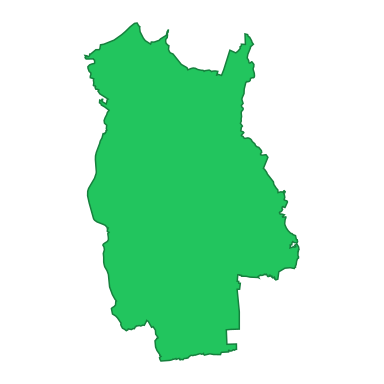 Kota Salatiga, Jawa Tengah, Indonesia
{"feature_id": "22746128B99456803569608", "entity_name": "Kota Salatiga", "entity_type": "district", "adm_level": 2, "iso_a3": "IDN", "parent_name": "Indonesia", "parent_adm1": "Jawa Tengah", "projection": "albers", "projection_center": [110.501, -7.337], "detail": "fine", "context": "isolated", "style": "filled", "palette": "green", "viewbox_px": 384, "rotation_deg": 0, "n_neighbors": 0, "source": "geoboundaries", "source_scale": "gbopen_adm2", "svg_char_len": 5900}
<svg xmlns="http://www.w3.org/2000/svg" viewBox="0 0 384 384"><path d="M98.0,91.1L99.9,93.9L108.1,99.1L107.4,99.5L107.0,100.2L107.0,101.2L106.1,104.0L102.2,101.6L101.9,100.7L102.6,100.0L102.7,99.3L102.1,99.2L101.3,100.6L99.7,100.1L99.5,102.8L100.6,103.5L101.6,104.9L101.5,105.1L104.8,107.0L109.1,110.3L107.4,112.4L106.7,114.7L105.2,117.5L104.1,120.5L104.5,123.2L106.7,125.2L106.3,128.8L106.7,129.5L106.8,130.3L106.0,130.7L106.0,131.9L105.0,133.4L104.4,133.2L104.1,133.9L103.1,133.7L102.0,137.9L100.3,141.0L99.6,143.7L96.4,152.2L95.5,155.9L95.4,159.6L96.3,171.5L96.2,173.3L94.5,178.3L88.6,188.4L87.7,191.3L87.6,195.8L89.2,203.0L93.6,218.8L94.6,220.2L97.0,221.9L103.1,224.3L105.2,225.3L107.2,227.5L107.3,228.6L108.0,228.3L107.2,231.1L107.7,231.7L109.0,232.3L107.8,233.7L108.3,237.0L108.4,239.5L107.8,240.8L106.9,241.8L105.3,242.7L103.4,244.1L102.9,245.1L104.0,247.1L104.4,249.8L103.3,253.5L103.7,257.2L103.7,262.1L104.1,264.4L104.7,266.7L107.1,270.8L108.4,274.5L109.6,287.0L112.4,294.6L114.9,299.1L116.4,301.0L115.8,301.4L115.5,305.0L114.1,306.6L112.2,307.7L111.4,308.6L112.5,314.0L115.7,316.0L117.5,317.9L121.0,323.1L120.8,324.6L121.1,325.6L122.5,328.2L124.7,329.4L126.3,330.7L127.9,329.8L128.3,328.9L131.1,329.5L131.7,329.5L132.8,328.6L134.4,328.7L135.1,327.1L135.8,326.8L136.4,325.9L137.8,325.9L139.1,325.5L140.8,326.0L142.9,325.1L144.3,325.3L146.4,321.4L146.7,320.4L148.3,321.5L151.6,327.3L153.1,326.7L155.4,330.1L155.7,334.2L158.0,337.4L157.7,338.3L156.8,338.3L156.4,339.3L155.0,340.8L155.6,347.1L157.0,350.5L159.9,354.7L159.8,355.6L161.0,356.4L159.5,357.7L160.1,359.6L160.9,361.0L169.5,360.4L172.1,359.8L172.7,359.2L173.7,359.3L175.9,358.5L176.2,359.4L178.6,358.5L179.6,358.5L179.6,359.3L180.1,359.9L181.1,359.4L183.0,359.7L184.0,358.5L186.6,358.3L187.1,357.9L187.8,358.1L189.2,356.6L190.8,355.4L191.5,355.3L192.9,355.6L194.2,355.1L195.4,355.1L200.1,353.6L201.5,354.2L202.8,354.0L203.4,353.6L203.4,354.1L204.4,355.1L209.9,353.8L213.5,354.5L220.5,354.6L220.9,353.1L221.7,352.3L228.7,351.9L229.0,351.4L228.6,350.4L228.9,350.2L230.8,351.1L232.3,350.6L233.0,349.9L233.6,349.7L234.2,350.2L236.0,349.3L236.5,349.3L236.4,344.0L226.9,344.3L226.3,329.8L230.5,329.4L239.3,329.1L239.3,311.8L237.1,289.3L239.6,289.2L240.3,283.3L238.7,283.2L238.7,281.4L237.2,281.3L237.8,274.7L239.6,274.8L239.6,275.2L241.5,275.4L241.5,276.2L246.4,276.3L250.0,277.1L258.2,277.5L258.8,277.8L258.1,276.5L259.9,275.3L259.9,275.6L260.5,275.3L261.9,275.4L263.7,274.9L263.7,274.6L264.7,274.2L265.2,274.7L265.5,274.4L266.4,274.2L267.6,276.3L268.1,276.6L269.3,276.3L269.3,275.3L269.9,275.2L269.9,276.1L271.7,276.1L271.7,277.0L272.4,277.1L272.7,277.8L274.3,277.2L274.3,278.2L274.8,278.2L274.8,279.1L275.3,279.2L275.8,279.9L277.8,279.2L278.8,271.8L284.9,268.2L290.2,267.7L294.3,268.5L294.8,267.4L295.5,267.2L295.5,265.7L296.1,264.9L296.6,261.3L297.3,259.1L297.8,258.3L298.2,258.3L298.5,258.0L298.5,256.6L297.9,255.6L298.0,253.1L297.8,252.0L298.3,251.8L298.3,250.1L299.0,249.7L298.6,246.9L296.9,244.1L294.7,245.3L295.7,246.7L294.5,247.1L293.2,246.7L292.9,247.1L290.0,247.9L290.3,246.7L290.2,245.0L291.8,244.8L291.9,243.1L292.8,241.6L294.2,242.5L296.4,242.8L297.2,242.6L297.6,241.6L297.2,239.7L296.5,239.6L296.2,238.8L295.5,235.6L293.1,234.7L292.0,233.6L290.7,233.3L288.1,230.7L286.3,228.0L285.0,225.0L284.7,223.6L285.1,219.7L285.9,217.6L285.8,216.9L282.8,217.2L282.5,216.6L284.3,214.8L282.0,214.1L280.2,214.1L279.4,212.8L279.7,212.1L280.7,211.9L281.7,211.0L282.3,210.0L282.6,209.3L281.9,208.4L282.4,206.8L283.1,206.5L284.0,207.3L285.0,207.5L287.4,202.2L287.3,201.3L286.8,200.9L284.3,200.0L284.1,199.6L284.8,197.3L284.3,194.6L283.7,193.2L284.7,192.9L285.2,191.7L284.2,190.7L283.8,190.9L283.5,191.6L282.1,192.1L281.0,191.8L278.0,192.6L277.8,189.9L276.2,188.1L273.8,184.4L273.4,181.8L267.3,174.0L266.7,172.4L264.6,169.4L263.4,168.4L267.9,157.3L266.0,154.7L262.1,155.2L260.6,154.7L260.6,153.5L261.7,152.4L261.4,150.6L258.8,147.4L257.0,146.8L256.1,146.1L255.4,145.3L254.9,143.9L252.1,141.4L251.6,140.2L250.6,139.1L249.1,138.2L247.9,137.9L245.0,138.4L244.2,138.2L243.0,136.5L241.4,135.7L241.6,134.9L243.8,132.7L243.3,131.9L241.0,131.0L240.7,130.5L241.1,129.4L241.3,127.5L242.4,126.1L240.4,123.3L241.3,121.0L241.1,118.9L241.6,116.6L241.2,113.1L241.4,111.6L243.0,109.7L243.2,108.8L242.8,107.8L241.8,107.1L241.4,105.4L243.1,103.4L242.0,100.0L241.9,98.9L242.3,97.5L244.0,93.6L244.2,89.1L245.8,82.6L246.9,81.5L247.4,81.8L248.9,81.5L249.7,81.0L250.2,80.3L250.5,78.5L251.8,77.8L253.6,77.7L254.3,77.0L254.5,75.9L254.3,73.3L253.2,69.6L253.1,68.5L253.8,66.7L253.9,64.4L252.0,61.9L251.6,61.8L249.9,63.2L249.0,62.7L248.6,60.4L247.2,58.0L247.8,54.4L250.5,47.7L250.4,46.9L253.4,44.2L252.1,42.5L251.6,40.8L249.7,37.3L248.2,36.3L247.6,34.6L245.0,33.9L245.4,44.4L241.4,44.2L241.5,44.9L241.1,46.1L240.0,46.9L240.3,48.4L238.0,51.1L235.8,52.9L229.9,50.2L223.7,69.9L221.5,75.4L217.9,74.3L217.4,74.5L216.9,75.1L216.7,75.1L217.8,71.4L215.4,71.0L212.9,71.1L211.5,71.6L210.9,71.0L209.2,70.1L205.1,70.7L204.1,71.3L203.7,70.6L202.5,70.3L201.3,70.3L197.7,69.5L195.4,68.3L193.2,68.0L191.1,68.5L187.8,69.8L187.0,67.7L181.3,64.4L173.0,54.0L170.4,52.9L169.5,51.8L168.5,49.5L168.9,45.7L167.8,45.1L166.1,43.3L165.7,41.8L165.7,39.5L167.2,37.6L167.5,35.1L167.3,33.1L168.0,32.4L168.5,29.5L167.2,31.6L166.3,35.3L160.5,38.9L159.2,40.3L154.1,42.1L151.3,42.0L150.6,44.1L145.3,40.7L143.3,38.1L140.1,31.8L139.6,27.6L139.9,26.8L138.6,25.7L137.1,23.0L134.5,23.4L130.2,26.8L125.3,31.6L121.7,34.7L114.1,40.1L103.9,44.2L100.5,44.8L99.9,48.7L99.3,49.6L95.9,49.7L90.7,54.0L89.7,54.1L89.6,55.6L88.4,56.7L87.6,56.5L87.0,55.8L85.0,55.5L85.8,57.0L85.1,57.6L85.4,58.2L86.2,59.0L93.3,58.9L93.6,59.5L94.5,60.1L94.7,62.1L94.5,63.4L91.8,64.0L89.6,64.9L87.9,66.7L88.0,68.3L89.1,71.3L90.8,72.9L90.9,74.7L90.3,76.1L90.3,77.7L93.7,78.7L93.4,80.3L93.8,82.8L93.4,85.4L94.1,85.9L95.0,85.9L95.6,86.4L95.1,87.6L95.8,89.2L97.6,89.3L98.8,90.0L98.0,91.1Z" fill="#22c55e" stroke="#15803d" stroke-width="1.5"/></svg>